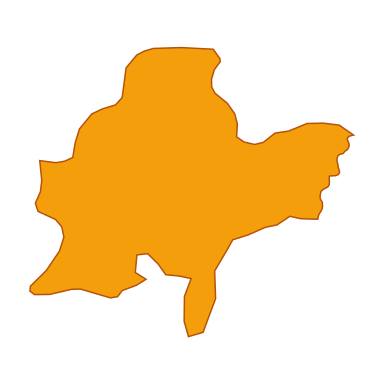 Vagharshapat, Armavir, Armenia (Mercator projection), rotated 276°
{"feature_id": "60910142B34420650241433", "entity_name": "Vagharshapat", "entity_type": "district", "adm_level": 2, "iso_a3": "ARM", "parent_name": "Armenia", "parent_adm1": "Armavir", "projection": "mercator", "projection_center": [44.272, 40.151], "detail": "fine", "context": "isolated", "style": "filled", "palette": "amber", "viewbox_px": 384, "rotation_deg": 276, "n_neighbors": 0, "source": "geoboundaries", "source_scale": "gbopen_adm2", "svg_char_len": 1593}
<svg xmlns="http://www.w3.org/2000/svg" viewBox="0 0 384 384"><g transform="rotate(276 192 192)"><path d="M86.7,132.9L93.3,146.2L100.4,155.4L106.0,144.0L123.7,143.8L126.0,154.4L116.8,165.9L107.0,174.5L107.1,188.1L105.8,200.2L87.4,195.4L62.6,197.7L47.8,203.6L53.6,217.7L69.9,221.8L88.4,226.6L115.9,222.8L137.3,232.6L148.7,237.5L155.2,252.3L164.5,268.6L168.1,279.9L178.1,291.9L176.8,302.6L177.6,314.0L178.1,319.9L178.6,319.9L182.1,320.3L184.3,321.2L187.1,322.6L189.6,323.3L192.8,323.2L195.7,322.5L197.7,320.8L199.7,320.0L201.9,319.8L206.0,320.2L208.1,322.0L209.4,323.7L210.5,325.6L212.0,327.1L213.6,327.7L216.5,327.6L220.5,326.9L222.2,327.0L222.9,330.8L223.2,332.9L224.4,335.4L225.7,336.3L227.2,336.7L228.9,336.2L231.5,335.0L235.2,334.0L237.7,333.0L240.5,332.7L243.4,333.4L244.8,334.9L245.5,336.7L246.1,338.3L248.6,339.9L250.4,342.1L252.4,343.1L254.7,343.5L256.9,342.9L259.7,341.3L261.9,340.8L263.8,342.3L264.7,344.5L265.5,346.7L273.9,331.4L274.2,315.6L272.2,299.4L262.7,281.7L259.2,268.4L248.8,257.7L245.8,249.3L247.2,238.5L251.5,230.6L264.3,230.0L274.1,226.4L283.8,218.0L292.6,204.6L298.4,200.6L306.3,199.6L316.1,201.5L324.5,206.4L327.4,205.9L336.2,198.2L334.5,166.1L330.7,138.4L327.1,129.8L322.5,122.8L308.6,113.5L278.7,112.7L270.7,106.9L265.2,94.1L259.3,84.3L243.0,73.5L228.7,70.7L213.9,69.8L209.4,62.4L206.9,53.6L207.3,37.3L187.6,41.4L176.3,41.2L164.5,37.4L156.6,40.9L150.4,59.2L143.6,66.2L133.8,69.3L119.5,66.4L98.7,55.3L81.4,41.1L76.4,41.2L73.5,46.1L75.2,60.9L82.7,82.6L83.8,91.4L80.5,109.2L78.2,122.1L80.2,129.0L86.7,132.9Z" fill="#f59e0b" stroke="#b45309" stroke-width="1.5"/></g></svg>